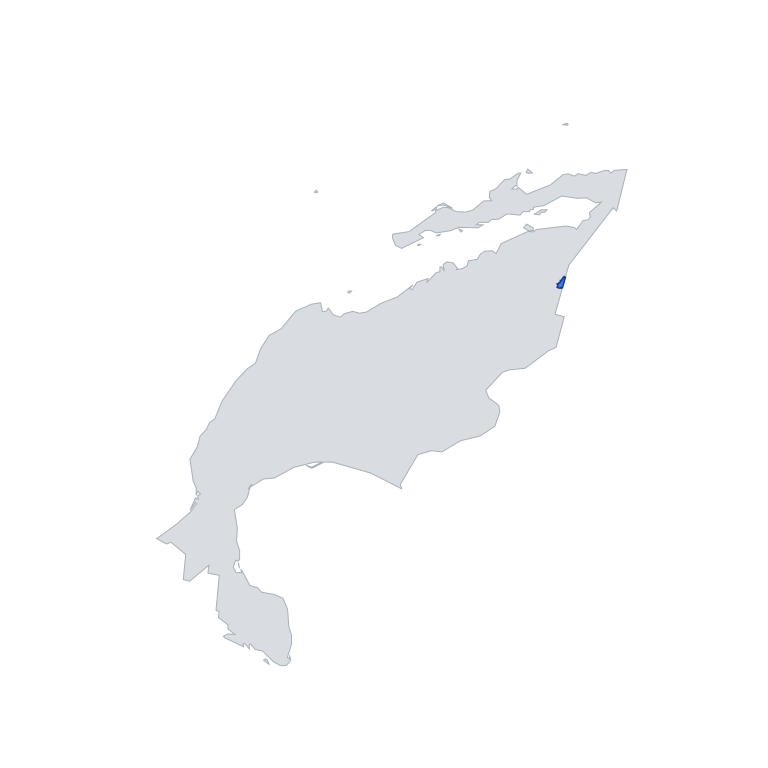 Naco, Sonora, Mexico (highlighted), rotated 106°
{"feature_id": "50627088B11700552359479", "entity_name": "Naco", "entity_type": "district", "adm_level": 2, "iso_a3": "MEX", "parent_name": "Mexico", "parent_adm1": "Sonora", "projection": "orthographic", "projection_center": [-110.037, 31.187], "detail": "fine", "context": "in_parent", "style": "filled", "palette": "blue", "viewbox_px": 768, "rotation_deg": 106, "n_neighbors": 0, "source": "geoboundaries", "source_scale": "gbopen_adm2", "svg_char_len": 4729}
<svg xmlns="http://www.w3.org/2000/svg" viewBox="0 0 768 768"><g transform="rotate(106 384 384)"><path d="M110.8,209.6L153.6,208.0L151.4,212.3L218.7,239.1L269.8,238.8L269.7,229.3L301.3,228.7L307.0,235.3L330.0,252.7L336.0,267.8L340.4,273.6L362.0,284.5L368.4,279.5L372.8,267.9L378.9,264.9L394.1,265.8L407.5,277.3L417.3,294.6L433.2,309.6L435.0,319.9L442.6,332.0L475.8,340.6L479.9,338.2L473.3,372.2L473.3,411.8L475.5,420.0L485.0,430.3L483.7,436.6L483.7,430.4L475.8,421.7L478.8,430.2L488.9,447.6L504.5,463.4L508.6,473.8L519.4,483.6L516.6,483.7L522.5,485.6L520.6,484.2L531.1,484.2L538.9,487.0L546.0,493.2L563.1,485.2L575.8,482.4L583.9,476.8L592.7,474.4L594.6,475.7L594.2,478.1L601.6,478.3L606.2,474.0L604.3,468.6L602.0,470.4L602.5,469.1L614.7,457.3L614.7,449.4L617.9,444.3L616.6,431.7L617.9,422.0L627.1,414.6L644.0,408.4L651.1,403.6L659.4,401.2L673.6,401.5L674.5,399.2L670.9,399.9L675.3,397.4L681.5,400.3L683.2,405.7L681.5,413.7L674.1,427.1L674.7,434.7L670.8,440.3L671.8,441.8L675.8,440.3L672.1,446.0L672.4,447.9L675.2,446.7L672.0,466.9L670.8,468.9L667.3,465.2L665.8,458.2L662.6,466.4L658.4,467.8L654.2,478.7L648.1,479.8L647.9,483.1L613.3,489.6L614.4,501.1L606.5,502.4L627.2,516.6L627.2,523.1L602.5,527.6L594.8,545.2L597.7,548.8L595.4,560.0L575.8,544.7L560.2,534.7L550.9,531.3L549.9,532.6L558.6,535.6L545.4,533.8L546.0,530.7L542.7,532.4L540.4,530.1L538.2,533.3L542.7,534.0L536.1,535.6L530.0,540.6L509.8,549.8L496.1,546.2L484.7,546.4L476.8,542.3L469.1,541.1L464.0,537.0L445.3,535.0L421.7,527.2L406.3,519.2L399.7,513.3L384.0,512.3L369.0,507.8L359.2,498.0L338.5,489.1L327.3,475.8L323.4,467.4L331.3,463.1L329.9,459.5L326.3,458.5L331.5,451.8L331.8,444.1L327.3,441.6L322.8,434.1L322.7,427.0L319.7,420.8L307.5,409.4L296.8,395.3L280.6,383.3L285.2,385.6L285.5,382.8L277.0,380.4L270.5,370.7L274.9,370.9L262.5,364.5L260.7,361.2L256.1,362.5L255.4,361.0L258.8,357.1L252.9,360.1L249.3,357.3L248.5,350.9L252.8,345.1L254.3,346.2L251.3,340.3L247.4,336.6L242.2,336.8L238.6,328.9L232.4,327.1L228.6,323.7L226.1,316.7L227.7,312.3L216.6,310.0L197.6,287.5L196.6,282.2L193.7,280.5L182.0,252.7L181.1,244.2L182.5,241.5L172.2,237.7L169.9,233.1L166.5,231.5L162.8,233.9L149.1,225.1L151.4,230.5L149.3,240.8L152.2,249.2L154.3,265.0L168.4,279.4L172.8,288.9L175.0,288.5L176.1,291.4L178.2,291.7L180.1,297.9L184.2,299.8L186.5,312.5L193.9,319.1L196.4,326.2L199.9,328.6L202.4,337.0L205.5,339.1L203.7,332.8L207.9,336.5L213.0,355.9L217.9,361.5L224.4,375.4L223.5,381.2L224.9,386.5L230.5,391.6L232.5,386.4L248.8,404.5L247.4,411.3L241.1,416.3L237.5,416.8L230.6,401.9L205.2,381.8L202.9,382.0L197.8,375.7L196.8,371.4L198.4,362.0L196.3,353.1L192.5,346.7L180.5,338.6L178.1,330.9L175.8,334.1L169.7,335.3L165.2,330.0L154.1,324.3L152.5,319.7L144.2,312.9L143.5,310.7L152.2,312.3L157.3,310.6L157.2,312.6L161.4,314.9L159.9,309.7L158.0,309.3L162.3,299.1L146.7,278.9L133.6,269.7L131.3,265.3L131.6,258.0L128.4,255.5L127.7,247.2L123.6,243.5L123.2,238.5L117.8,230.5L116.9,226.9L118.9,224.5L115.0,221.2L110.8,209.6ZM196.8,287.8L195.4,292.8L191.0,291.0L192.8,283.5L195.4,282.8L196.8,287.8ZM179.3,286.4L173.1,280.8L171.6,275.2L174.7,277.1L175.4,280.2L178.5,281.1L179.3,286.4ZM682.7,423.7L681.0,422.4L681.4,420.0L685.1,417.3L682.7,423.7ZM198.0,381.9L193.5,376.6L196.3,366.3L195.5,375.6L198.0,381.9ZM141.2,305.8L137.9,304.9L140.3,299.4L141.7,303.6L141.2,305.8ZM85.6,283.9L82.9,280.1L83.6,278.6L84.6,278.8L85.6,283.9ZM201.9,382.1L204.6,386.2L198.9,382.1L201.9,382.1ZM306.3,442.5L305.8,444.3L304.3,443.6L303.6,440.8L306.3,442.5ZM226.2,371.8L227.3,374.9L224.2,370.9L226.2,371.8ZM215.1,350.7L216.8,352.1L214.3,355.0L215.1,350.7ZM219.3,503.1L218.1,503.6L216.3,502.3L217.8,500.6L219.3,503.1ZM598.8,473.5L595.8,474.8L600.9,472.1L598.8,473.5ZM241.6,389.8L240.0,389.5L239.7,386.4L241.6,389.8Z" fill="#d9dde1" stroke="#a8b0b8" stroke-width="1"/><path d="M242.1,239.0L241.1,239.0L240.0,239.0L239.3,239.0L239.0,239.0L238.6,239.0L238.4,239.0L237.7,239.0L235.8,239.0L235.1,239.0L234.9,239.0L231.4,239.0L231.4,239.4L231.5,239.4L231.5,239.5L231.7,240.0L231.0,240.4L231.1,240.6L231.4,240.7L231.5,240.7L232.2,240.7L232.4,240.7L232.4,240.8L232.5,240.8L232.8,241.1L233.0,241.4L233.3,241.4L233.5,241.4L233.8,241.3L233.8,241.5L233.6,241.6L234.0,241.7L234.3,241.8L234.5,241.8L234.8,241.8L235.0,241.9L235.4,241.8L235.6,241.8L235.8,241.7L235.8,243.0L236.0,243.0L236.3,243.0L236.4,242.9L236.5,242.9L236.8,242.9L237.5,242.7L238.0,242.7L238.4,242.8L238.6,242.9L238.5,243.6L238.6,243.9L239.1,243.8L239.2,243.7L239.3,243.8L239.5,244.0L239.7,244.4L240.1,245.2L240.5,244.9L240.5,244.2L241.9,244.2L242.4,244.2L242.5,244.2L243.3,244.2L243.1,243.4L243.6,243.1L243.6,242.6L243.3,241.1L243.2,240.7L243.1,240.2L242.6,240.6L242.3,239.6L242.3,239.4L242.2,239.3L242.1,239.0Z" fill="#3b82f6" stroke="#1e3a8a" stroke-width="1.5"/></g></svg>